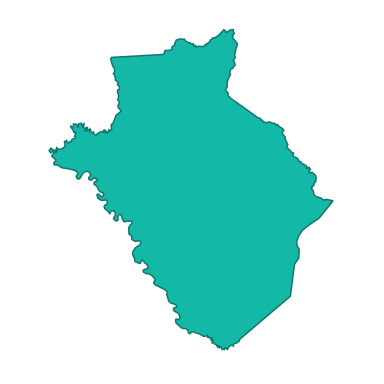 the district of Albania, Caquetá, Colombia, rotated 176°
{"feature_id": "7082276B96859535254868", "entity_name": "Albania", "entity_type": "district", "adm_level": 2, "iso_a3": "COL", "parent_name": "Colombia", "parent_adm1": "Caquetá", "projection": "orthographic", "projection_center": [-75.842, 1.231], "detail": "fine", "context": "isolated", "style": "filled", "palette": "teal", "viewbox_px": 384, "rotation_deg": 176, "n_neighbors": 0, "source": "geoboundaries", "source_scale": "gbopen_adm2", "svg_char_len": 6022}
<svg xmlns="http://www.w3.org/2000/svg" viewBox="0 0 384 384"><g transform="rotate(176 192 192)"><path d="M330.2,240.9L328.7,242.1L327.6,241.5L327.4,240.1L328.8,238.9L329.2,237.0L326.7,234.9L325.6,233.4L325.9,232.4L327.7,230.9L327.9,229.8L327.5,228.8L326.8,228.5L324.4,228.5L320.8,225.7L319.4,225.0L313.2,223.7L306.9,221.5L304.4,219.2L304.6,218.2L306.4,215.8L306.1,214.3L305.1,213.1L303.9,212.8L302.8,213.5L299.2,218.7L297.1,219.7L295.1,220.0L293.5,219.2L291.6,216.1L294.0,213.5L294.1,212.4L293.6,211.4L291.4,210.8L288.3,213.3L286.8,211.6L285.2,210.7L285.7,209.8L288.5,208.9L289.1,207.9L289.2,206.8L286.2,203.9L285.2,201.0L284.2,199.4L283.1,198.3L281.1,197.5L280.3,196.1L280.7,194.2L282.4,193.6L283.3,194.0L285.0,196.3L286.5,196.4L287.1,195.7L286.3,192.3L283.8,190.4L281.6,189.8L278.9,190.2L277.0,188.9L277.7,185.7L279.6,185.0L280.7,183.7L280.1,181.4L277.4,178.9L275.5,176.1L275.1,176.2L274.4,178.3L273.6,178.8L272.5,178.8L270.2,177.9L270.1,174.4L272.1,171.3L271.6,169.9L269.9,168.5L269.0,168.4L267.5,169.5L267.8,171.5L267.3,173.4L265.6,174.8L264.1,173.4L263.3,169.8L261.9,167.0L261.0,166.9L258.8,167.7L256.6,167.1L254.8,167.6L254.1,167.2L254.3,164.7L256.0,163.3L257.7,160.6L257.8,154.4L255.8,153.0L255.3,151.8L255.4,149.2L254.8,148.5L252.0,146.7L247.7,147.1L247.0,146.4L246.7,144.7L247.6,143.0L252.1,140.5L254.9,137.1L255.6,133.9L254.1,129.9L253.7,126.6L249.5,124.4L248.7,124.5L246.8,127.2L245.8,127.2L245.1,126.8L244.4,124.9L242.1,123.0L241.2,121.2L241.5,119.5L242.5,118.2L244.6,118.2L246.0,117.5L246.3,116.5L246.0,115.5L243.6,113.8L241.7,113.7L239.8,112.9L237.7,111.2L234.8,107.7L235.2,106.3L236.5,104.5L236.4,103.4L234.8,101.7L226.6,97.0L224.2,94.9L223.3,93.7L224.4,91.8L222.8,84.7L220.6,82.5L217.7,81.6L215.2,79.7L215.6,78.2L218.2,77.5L218.8,75.8L217.8,74.1L215.3,73.0L213.8,71.4L212.9,69.1L212.9,67.5L213.4,66.2L214.3,65.6L216.1,66.4L217.0,66.2L217.4,64.8L217.1,62.6L212.2,57.3L210.6,56.5L207.5,56.3L205.5,54.0L205.5,51.7L204.4,50.8L203.7,50.8L202.0,52.4L200.3,52.4L197.9,51.1L194.8,50.1L190.5,47.2L188.6,47.1L186.7,48.0L186.2,47.1L186.5,45.9L186.0,45.7L184.7,46.2L184.1,44.5L183.3,44.4L182.0,45.1L181.6,42.7L182.8,43.0L183.2,42.8L181.9,41.5L182.6,40.1L180.7,40.0L180.0,38.6L178.7,38.5L178.2,38.0L178.2,36.8L177.1,36.8L176.9,35.2L176.5,35.2L176.6,36.2L176.0,36.5L175.4,36.4L175.4,34.9L174.3,35.6L173.1,33.9L173.0,32.8L172.0,33.0L170.7,32.6L170.6,33.5L169.7,34.3L169.3,33.7L167.8,33.9L168.0,32.7L167.5,32.4L167.1,33.6L164.9,36.0L162.7,36.3L161.4,35.4L161.3,36.8L159.9,38.2L157.7,38.2L157.1,39.3L155.4,39.7L154.6,41.8L101.1,81.2L95.1,111.5L94.1,113.7L90.2,118.4L89.0,127.2L90.9,131.3L91.0,135.3L88.9,140.3L84.7,146.0L77.4,151.0L67.2,156.9L52.4,172.8L52.3,173.5L58.6,175.3L59.6,174.8L61.7,175.0L64.1,177.2L67.3,178.2L69.7,179.7L70.5,181.3L71.2,185.3L72.8,187.0L72.5,188.1L71.7,188.2L72.0,189.5L70.1,189.9L69.8,190.9L70.1,191.9L68.3,193.2L67.5,194.5L67.7,195.5L67.2,196.5L67.5,200.1L69.2,201.4L70.3,203.0L71.8,203.4L72.5,202.6L74.3,203.9L72.2,206.5L73.2,206.9L73.4,208.3L74.2,208.4L75.4,207.4L76.3,207.9L75.7,209.2L76.6,210.7L78.3,211.2L78.5,212.0L79.5,212.1L81.0,213.3L81.2,214.3L83.4,215.8L84.5,218.4L88.3,220.3L88.6,222.2L87.9,223.8L89.6,224.1L91.0,226.6L92.1,226.9L92.6,228.3L94.6,229.6L93.1,232.6L95.3,238.1L95.3,240.6L97.5,243.2L97.6,246.0L96.1,247.0L97.2,248.8L100.4,251.2L101.7,252.5L101.8,253.2L103.5,253.2L104.4,254.5L107.0,255.1L109.5,256.4L111.2,256.5L112.7,255.9L115.6,256.9L117.0,258.7L118.0,259.3L118.6,260.5L121.3,261.7L147.1,283.0L149.1,285.3L149.4,286.7L149.0,287.8L151.6,291.7L149.8,293.7L149.0,299.6L147.6,303.1L145.4,306.6L145.9,308.9L145.5,310.7L144.1,312.3L142.7,312.3L142.1,313.9L140.1,315.3L140.6,318.8L141.7,320.3L139.3,323.4L139.9,324.6L139.7,326.7L138.7,329.6L138.5,331.3L137.3,333.6L136.5,336.5L137.3,338.3L140.9,343.1L140.3,344.2L140.2,345.9L138.8,347.1L139.7,350.1L139.4,351.0L142.2,351.1L143.8,350.3L144.4,349.5L147.2,348.9L147.3,350.7L149.0,351.6L154.7,346.3L159.0,344.0L160.6,344.3L162.1,342.7L163.3,342.3L163.7,340.8L165.5,339.4L165.6,338.9L166.8,339.2L167.7,337.9L168.7,338.0L168.8,337.2L170.4,336.3L174.9,336.7L175.5,337.1L176.1,336.6L177.9,336.9L178.5,336.4L179.1,337.2L178.8,337.9L179.7,337.6L180.3,339.5L180.8,339.1L181.1,339.7L182.2,339.6L183.0,340.1L183.4,341.2L184.2,340.9L186.7,342.1L188.3,343.7L188.8,344.9L194.0,345.5L197.1,344.6L198.7,341.8L198.8,340.1L201.8,338.2L202.0,336.3L202.7,335.4L203.8,334.9L208.9,335.1L209.5,334.3L210.0,332.2L211.6,331.2L263.0,331.9L264.0,330.0L263.3,328.8L263.2,326.8L262.1,322.7L260.6,320.5L260.9,317.3L262.2,315.3L260.7,313.7L261.0,312.8L260.3,311.1L260.8,309.2L257.8,306.1L258.0,305.4L258.8,304.8L258.4,303.5L257.1,302.4L257.1,299.7L257.5,299.3L258.8,299.3L259.4,296.8L258.5,294.2L258.8,290.8L259.8,289.3L258.1,286.6L258.4,285.3L259.1,284.8L260.0,282.7L259.5,281.1L257.6,278.7L257.4,277.3L262.2,274.0L266.1,265.9L267.8,264.9L268.0,261.9L267.6,260.2L269.1,259.7L270.0,258.4L270.7,259.6L272.2,256.6L272.8,257.4L273.7,257.2L273.5,258.3L275.0,257.6L275.8,257.8L275.8,258.3L274.5,259.6L274.9,260.0L276.0,259.6L277.3,258.2L279.2,258.4L280.9,257.7L281.4,256.8L282.6,256.7L282.9,255.7L283.8,255.3L285.9,257.0L286.1,258.7L287.1,258.0L287.9,258.8L288.9,258.6L289.6,259.3L289.9,260.1L288.6,260.8L289.5,262.1L292.1,260.5L294.5,260.7L294.1,261.9L292.4,262.2L291.7,263.4L292.2,263.9L294.2,262.9L297.1,264.6L297.0,265.1L295.7,265.1L295.0,266.6L295.0,267.7L296.9,266.2L297.5,266.9L297.5,268.3L300.4,267.9L300.9,267.1L300.7,264.8L301.2,264.5L301.8,265.0L301.9,266.2L302.9,267.8L305.6,268.0L305.8,265.8L306.7,264.6L307.1,264.6L308.2,266.3L308.5,266.0L307.8,264.2L306.5,262.7L305.9,260.1L305.3,259.7L304.6,260.1L304.1,259.6L304.6,256.7L305.3,255.8L304.1,254.9L305.3,253.7L307.7,253.0L308.6,252.0L308.8,250.7L310.1,250.9L310.8,250.0L312.2,249.7L313.6,252.1L314.3,251.1L315.6,251.4L315.8,250.6L315.3,248.6L315.8,246.0L318.8,244.1L321.4,243.8L322.6,244.2L323.7,245.7L324.4,244.6L323.8,242.3L324.4,241.1L326.5,241.0L326.5,241.5L324.9,243.2L326.9,243.2L329.8,245.6L330.3,244.3L331.7,243.4L330.2,240.9Z" fill="#14b8a6" stroke="#0f766e" stroke-width="1.5"/></g></svg>